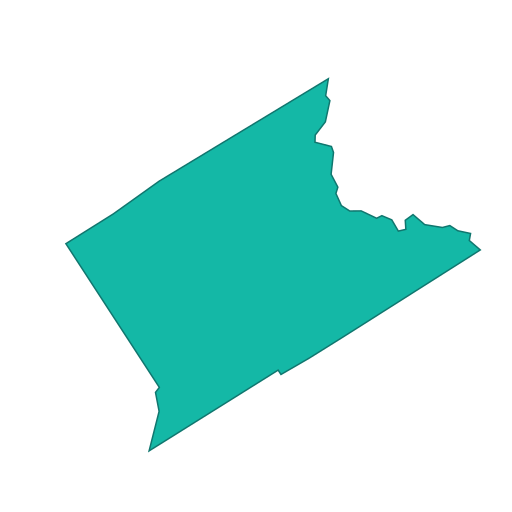 outline of Piute, Utah, United States of America, rotated 148°
{"feature_id": "52423323B20022014337475", "entity_name": "Piute", "entity_type": "district", "adm_level": 2, "iso_a3": "USA", "parent_name": "United States of America", "parent_adm1": "Utah", "projection": "robinson", "projection_center": [-112.292, 38.329], "detail": "fine", "context": "isolated", "style": "filled", "palette": "teal", "viewbox_px": 512, "rotation_deg": 148, "n_neighbors": 0, "source": "geoboundaries", "source_scale": "gbopen_adm2", "svg_char_len": 643}
<svg xmlns="http://www.w3.org/2000/svg" viewBox="0 0 512 512"><g transform="rotate(148 256 256)"><path d="M62.6,142.3L66.9,156.1L62.1,161.4L71.5,170.5L75.5,179.1L82.8,181.4L96.3,193.2L100.9,207.9L110.5,207.2L114.8,199.2L122.1,201.7L121.7,214.7L127.9,223.5L133.7,224.1L142.9,238.5L152.7,244.5L156.9,253.5L155.1,266.7L150.1,271.0L149.0,285.5L135.4,302.7L134.0,308.9L145.7,321.2L141.7,327.2L126.1,333.0L111.0,348.6L112.0,355.0L100.7,368.0L298.4,370.8L354.9,367.3L410.7,367.2L407.6,195.8L413.5,193.6L420.5,175.6L449.9,147.4L297.7,147.5L297.6,142.3L264.9,141.2L223.9,141.2L62.6,142.3Z" fill="#14b8a6" stroke="#0f766e" stroke-width="1.5"/></g></svg>